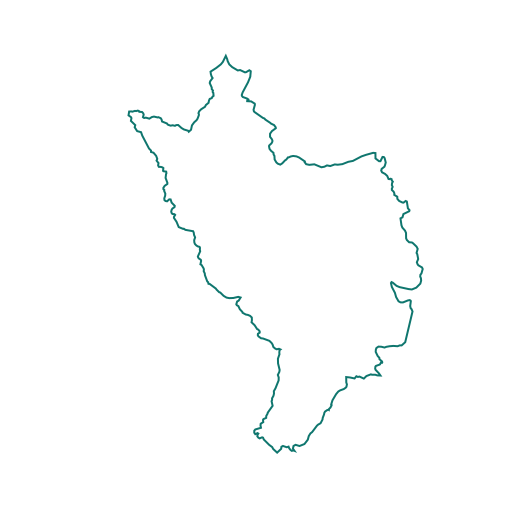 the district of San Felipe Tepatlán, Puebla, Mexico, rotated 291°
{"feature_id": "50627088B44475495738204", "entity_name": "San Felipe Tepatlán", "entity_type": "district", "adm_level": 2, "iso_a3": "MEX", "parent_name": "Mexico", "parent_adm1": "Puebla", "projection": "mercator", "projection_center": [-97.789, 20.119], "detail": "fine", "context": "isolated", "style": "outline", "palette": "teal", "viewbox_px": 512, "rotation_deg": 291, "n_neighbors": 0, "source": "geoboundaries", "source_scale": "gbopen_adm2", "svg_char_len": 6116}
<svg xmlns="http://www.w3.org/2000/svg" viewBox="0 0 512 512"><g transform="rotate(291 256 256)"><path d="M138.4,379.2L139.4,379.0L141.4,379.9L142.5,379.8L143.3,380.1L144.0,380.0L144.3,379.4L148.7,379.1L155.8,380.3L159.0,381.4L160.7,382.7L163.3,385.7L165.3,387.0L166.3,387.3L168.7,386.9L170.3,385.6L175.3,383.6L176.3,387.4L177.0,391.9L179.7,392.8L179.6,394.5L180.5,395.8L180.2,400.6L183.5,402.1L186.7,405.7L186.7,406.7L187.9,409.9L188.0,412.0L189.0,415.0L190.5,412.8L192.6,408.4L193.6,407.6L195.6,407.1L196.4,407.4L198.8,410.2L199.3,410.6L201.2,410.8L201.4,411.9L201.9,412.0L202.7,411.5L203.9,408.3L205.2,407.6L206.2,405.5L209.4,402.1L211.7,401.4L213.3,401.4L215.3,402.8L216.2,405.5L216.6,408.8L217.9,410.2L219.6,413.0L221.3,416.5L222.5,420.5L224.1,422.3L224.7,424.0L229.0,426.2L260.3,422.0L262.2,420.2L262.6,419.2L264.5,417.9L269.4,416.7L269.8,416.1L269.9,415.3L269.0,413.8L265.3,409.8L264.5,407.5L264.8,405.3L267.9,401.5L271.4,398.9L275.8,393.9L279.1,391.7L280.2,391.9L280.1,393.3L278.5,397.9L278.4,401.2L279.8,410.3L280.6,413.5L283.9,417.0L289.1,419.3L292.2,419.0L294.4,417.9L295.6,416.7L297.4,416.2L299.0,416.7L303.6,416.3L304.8,415.1L305.5,410.9L306.1,409.9L307.8,408.4L311.3,408.5L315.5,405.9L316.4,404.8L320.6,404.4L322.3,402.5L324.2,398.0L324.5,396.7L323.7,394.0L325.0,391.1L326.3,389.8L331.3,387.8L333.1,386.0L335.0,382.4L336.8,380.8L342.9,377.4L344.6,378.9L348.0,378.6L352.7,383.0L353.8,382.9L355.0,380.7L360.9,377.3L361.0,376.0L358.7,374.6L358.4,373.5L358.7,369.9L360.0,367.5L362.0,366.6L362.6,363.2L364.1,362.7L365.4,361.4L366.3,359.2L367.5,358.7L369.5,358.8L370.9,357.4L372.9,356.9L374.4,357.1L375.3,355.6L376.3,355.1L376.4,354.0L375.5,352.9L375.4,352.1L377.8,349.8L378.9,347.0L379.3,343.7L380.6,342.3L382.4,342.1L385.4,343.9L387.0,343.9L389.8,343.6L393.5,341.0L394.2,339.8L393.8,338.6L389.1,338.2L388.6,336.9L389.9,332.6L394.9,330.6L394.3,328.4L389.9,322.5L386.8,318.8L379.5,312.4L377.0,308.4L372.7,303.7L370.5,299.6L369.7,296.7L366.6,293.1L366.0,289.8L363.9,287.9L362.3,285.3L362.5,277.6L360.2,273.1L359.7,269.9L361.1,267.7L361.8,267.7L363.4,260.9L363.5,258.1L362.7,254.8L361.4,252.8L359.6,251.0L359.5,250.5L356.8,249.7L355.8,248.9L351.9,247.3L350.0,245.9L350.0,243.2L350.7,241.4L352.8,238.8L356.1,237.3L357.0,236.1L358.6,235.3L359.6,232.3L360.9,230.2L363.0,228.9L363.9,228.7L366.8,230.1L368.6,230.3L369.6,230.0L370.7,229.0L372.3,226.4L375.2,225.3L378.3,226.1L382.4,228.7L383.2,228.3L384.7,226.0L385.0,222.5L385.4,221.6L386.7,215.8L387.4,214.6L387.4,212.9L389.9,203.0L390.3,202.2L391.7,201.3L396.7,200.8L397.8,200.2L398.6,196.1L397.4,192.3L398.1,192.1L398.8,193.2L399.4,192.9L399.8,191.2L399.7,186.7L400.5,185.4L401.3,185.0L404.0,184.9L415.2,186.3L421.3,186.4L426.6,184.9L427.0,183.2L424.1,180.9L423.5,179.9L423.9,174.5L422.7,172.5L423.8,166.1L425.3,162.4L427.9,159.6L429.3,158.7L432.0,156.1L425.3,155.5L422.3,154.5L417.3,151.5L411.8,147.5L409.6,148.7L407.6,150.3L406.6,151.7L402.7,150.6L400.9,150.8L397.4,154.3L395.9,154.9L395.1,156.5L394.1,156.6L393.3,157.0L393.0,157.7L390.3,159.0L389.1,158.3L387.5,158.1L386.1,156.5L384.2,156.4L382.0,156.8L379.0,155.1L377.0,154.9L373.3,152.2L370.7,151.1L368.7,151.1L367.9,151.9L366.9,152.2L363.1,152.2L361.4,151.8L358.7,150.4L355.0,149.4L350.6,150.1L347.9,148.7L348.6,147.8L348.3,143.3L348.8,140.6L350.4,136.4L349.6,134.6L348.5,133.7L348.2,131.4L347.1,129.6L347.0,127.4L347.1,126.4L347.8,125.4L347.9,120.1L349.6,118.9L350.5,117.7L350.6,115.1L350.1,114.5L349.6,110.8L348.4,109.0L346.0,107.2L345.7,103.6L344.8,102.2L344.8,101.6L345.1,100.7L347.7,100.5L348.8,99.6L349.6,98.0L348.8,95.4L349.3,95.1L349.4,93.6L348.3,92.1L348.1,91.0L346.4,88.8L346.3,87.8L345.4,85.8L341.6,86.6L340.9,89.4L340.1,90.3L337.3,90.8L334.9,96.4L332.7,96.6L330.0,100.3L330.4,104.3L327.6,106.7L318.0,117.6L316.8,120.2L315.5,120.7L315.7,123.3L313.7,126.9L311.3,129.0L309.4,129.0L307.8,131.7L305.6,132.1L304.6,133.1L304.4,133.4L305.1,135.3L305.2,137.0L304.9,138.0L302.2,138.7L302.0,139.3L302.6,141.9L301.2,142.7L300.1,142.7L296.5,143.6L292.5,147.1L291.4,147.4L288.8,145.6L286.4,145.1L285.2,145.6L284.8,146.7L283.8,147.0L281.7,149.0L279.7,149.6L277.0,149.7L275.4,150.5L274.9,151.8L275.2,153.4L277.8,154.7L278.2,156.0L275.6,158.1L273.7,162.2L272.4,162.4L270.4,161.0L269.1,160.7L267.2,160.9L266.1,161.6L265.3,162.9L265.8,164.9L265.4,165.8L263.2,165.4L262.2,165.7L259.5,169.5L255.3,173.5L255.2,178.3L255.6,178.8L255.1,180.7L256.6,188.4L255.5,189.5L253.5,190.6L251.5,192.5L248.7,192.6L246.7,193.5L245.4,194.6L244.5,196.4L244.1,198.1L244.3,200.0L243.5,200.8L241.8,201.3L240.4,202.2L234.7,201.9L233.8,202.6L233.2,203.6L232.7,205.8L231.8,206.5L228.3,207.1L228.1,208.4L225.6,211.6L224.5,212.3L223.1,212.6L221.4,214.4L219.8,215.2L214.8,219.6L214.4,220.7L213.0,221.6L213.3,222.8L211.2,230.2L210.5,231.2L209.0,234.6L209.1,235.7L207.2,240.0L206.6,243.4L207.1,246.2L208.7,249.9L211.5,254.1L211.7,256.5L208.1,255.8L206.8,254.7L203.9,254.9L203.2,255.7L202.9,257.5L200.5,260.0L198.9,263.3L198.2,263.8L197.7,267.4L198.1,269.6L198.0,271.9L197.1,274.1L194.6,275.2L192.5,275.6L190.9,279.5L188.2,283.2L188.1,284.5L187.0,286.4L185.8,286.9L184.1,285.7L182.8,286.0L181.9,287.0L181.0,290.2L181.5,292.1L181.6,298.9L180.4,301.7L179.3,303.2L177.3,304.8L176.5,306.9L176.3,308.7L177.6,310.7L177.5,312.3L176.5,311.7L173.8,312.5L172.8,313.1L167.9,313.3L163.6,315.1L158.1,318.9L156.2,319.3L152.8,319.0L150.8,320.7L148.0,321.7L139.4,321.6L136.2,321.1L134.0,322.1L131.7,322.4L128.9,322.0L127.4,322.6L126.0,322.6L122.1,325.2L113.9,323.1L113.1,323.3L110.3,322.9L108.5,323.5L106.4,321.4L105.5,321.3L103.5,322.3L101.1,320.5L99.5,320.9L97.4,322.2L93.8,317.5L92.3,317.0L90.4,317.7L89.4,319.2L91.2,320.9L91.0,321.8L89.6,321.5L88.1,321.9L87.3,323.2L87.0,324.7L88.9,326.7L88.9,327.7L87.5,329.0L84.4,336.0L83.4,339.6L82.0,341.2L80.0,346.2L85.0,348.6L87.0,348.1L88.3,349.2L88.5,353.3L89.7,354.7L88.3,356.0L87.3,357.8L86.9,359.2L87.9,360.7L87.9,361.7L89.4,359.5L92.1,359.1L93.9,360.6L94.2,364.7L97.8,368.6L103.1,370.2L106.8,369.8L109.9,370.4L111.7,371.5L119.4,373.7L120.8,374.4L123.0,376.2L127.1,376.7L128.8,376.3L132.5,376.3L134.0,376.0L135.5,376.2L137.8,377.8L138.5,378.8L138.4,379.2Z" fill="none" stroke="#0f766e" stroke-width="2"/></g></svg>